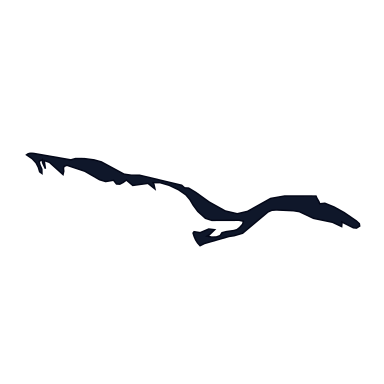 SVG path tracing the border of Long Island, rotated 306°
{"feature_id": "BHS-5033", "entity_name": "Long Island", "entity_type": "District", "adm_level": 1, "iso_a3": "BHS", "parent_name": "The Bahamas", "parent_adm1": "", "projection": "equal_earth", "projection_center": [-75.131, 23.273], "detail": "fine", "context": "isolated", "style": "filled", "palette": "ink", "viewbox_px": 384, "rotation_deg": 306, "n_neighbors": 0, "source": "natural_earth", "source_scale": "10m", "svg_char_len": 1498}
<svg xmlns="http://www.w3.org/2000/svg" viewBox="0 0 384 384"><g transform="rotate(306 192 192)"><path d="M257.5,302.2L261.0,306.1L263.4,315.8L264.8,327.2L265.2,342.0L264.7,346.0L263.0,347.7L259.5,346.3L257.9,343.6L255.8,330.8L254.8,331.7L252.0,333.4L250.1,323.5L242.1,305.8L239.2,290.4L236.5,285.1L227.0,270.7L224.1,267.3L220.5,265.2L188.4,257.2L181.4,251.8L177.8,248.1L157.7,232.4L153.3,230.1L154.1,226.4L155.4,223.1L157.2,220.0L159.4,217.0L161.1,217.0L163.9,222.5L171.9,227.3L174.8,232.5L167.5,231.2L165.2,230.1L167.1,234.5L170.0,238.2L173.3,240.4L176.7,240.2L180.1,243.0L185.5,248.6L188.0,250.5L191.2,251.4L195.7,251.9L198.6,250.8L196.8,246.7L180.7,224.7L178.6,218.3L179.7,208.1L182.0,200.8L184.6,194.8L186.1,188.7L185.9,179.8L184.0,169.6L180.8,160.7L176.7,155.0L175.7,156.8L172.7,160.2L173.1,151.3L162.5,140.2L163.1,131.9L159.3,130.7L155.9,129.0L154.1,126.2L155.4,121.6L149.7,116.0L147.6,110.0L145.8,93.1L140.1,75.1L137.4,73.4L135.5,74.2L133.5,76.0L130.3,77.4L132.2,59.3L130.6,53.9L124.7,59.7L127.4,54.7L128.6,53.1L130.3,51.8L126.8,50.4L124.5,53.1L122.2,57.1L118.8,59.7L118.8,56.9L121.7,53.1L123.9,48.7L125.0,43.2L124.8,36.3L126.5,36.9L127.9,38.0L129.1,39.5L130.3,41.5L146.8,75.1L150.6,78.1L155.7,85.2L160.4,93.8L163.1,101.0L166.5,126.5L169.9,133.0L174.8,139.8L191.4,179.7L191.0,183.6L193.2,187.0L193.9,195.2L194.0,211.9L196.2,230.0L201.0,241.4L209.0,248.3L233.0,259.4L243.3,269.4L261.6,294.7L260.4,296.7L258.8,300.4L257.5,302.2Z" fill="#0f172a" stroke="#020617" stroke-width="1.5"/></g></svg>